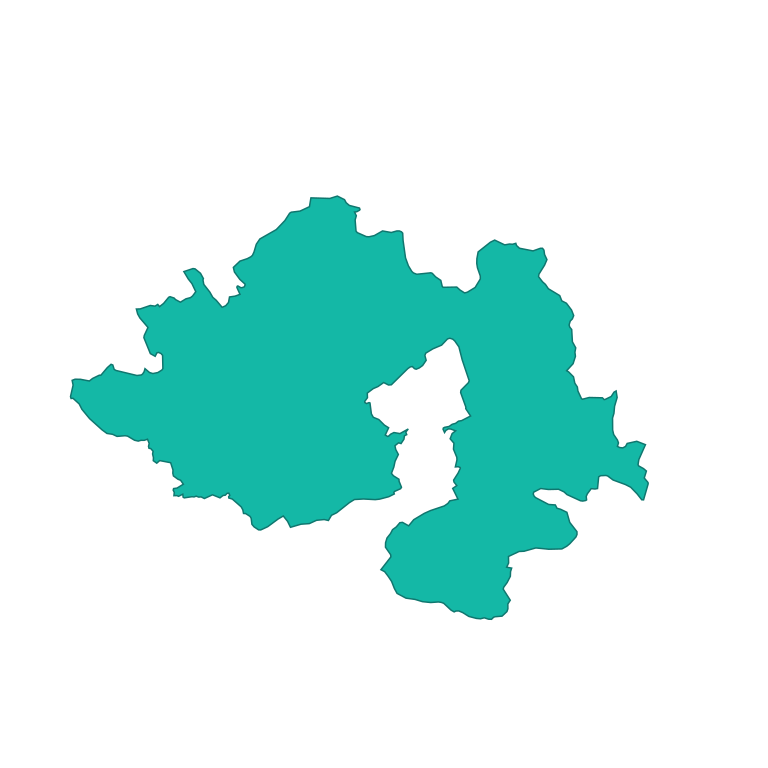 Vi Xuyen, Hà Giang, Vietnam (Robinson projection), rotated 115°
{"feature_id": "81297802B6357673458882", "entity_name": "Vi Xuyen", "entity_type": "district", "adm_level": 2, "iso_a3": "VNM", "parent_name": "Vietnam", "parent_adm1": "Hà Giang", "projection": "robinson", "projection_center": [104.991, 22.763], "detail": "fine", "context": "isolated", "style": "filled", "palette": "teal", "viewbox_px": 768, "rotation_deg": 115, "n_neighbors": 0, "source": "geoboundaries", "source_scale": "gbopen_adm2", "svg_char_len": 6170}
<svg xmlns="http://www.w3.org/2000/svg" viewBox="0 0 768 768"><g transform="rotate(115 384 384)"><path d="M479.3,328.2L478.3,329.2L477.0,329.1L471.9,324.7L470.2,324.5L465.8,329.2L464.0,330.2L463.2,336.7L461.8,339.5L455.1,340.0L449.4,341.3L441.8,341.2L438.4,345.7L435.3,348.0L431.1,345.9L430.8,343.4L425.6,342.6L422.3,343.6L420.3,342.0L418.4,343.9L414.5,343.0L422.2,348.6L423.8,354.5L426.7,356.8L429.5,357.9L430.0,358.6L429.7,361.3L421.7,361.3L421.1,366.2L418.4,373.7L418.7,379.6L416.4,382.8L407.1,388.7L407.2,389.7L409.1,391.6L408.9,393.5L407.9,394.1L403.4,393.2L399.3,395.3L392.7,391.8L388.9,388.4L382.8,384.9L383.0,379.5L381.6,377.0L359.9,368.9L357.4,367.4L356.2,365.7L357.2,362.9L357.0,361.1L354.5,358.8L350.9,356.8L344.7,355.8L340.9,359.0L338.4,359.2L331.5,354.6L324.4,348.2L316.3,345.5L314.7,343.7L314.3,340.6L315.1,338.0L318.7,331.8L329.1,323.3L345.1,308.1L347.3,308.1L357.1,311.6L359.4,310.9L370.4,300.0L371.8,299.5L376.4,292.0L384.4,298.2L386.2,300.8L389.4,302.5L391.7,305.2L395.0,307.1L397.6,310.7L398.8,311.6L400.0,311.4L402.4,308.6L399.9,308.3L397.4,306.6L396.6,304.4L396.2,299.3L400.1,301.3L405.7,300.9L408.1,295.6L413.7,293.5L419.7,287.0L422.0,285.8L429.0,284.3L427.6,281.8L427.5,279.7L428.1,279.2L433.4,279.2L441.7,280.3L443.3,279.1L445.3,275.1L449.6,277.6L457.1,268.3L462.1,275.0L465.2,275.6L469.0,277.8L479.0,288.3L484.2,292.8L494.4,299.7L502.1,301.7L501.6,308.8L503.0,311.0L508.4,312.5L512.4,314.7L516.8,314.9L522.3,316.2L527.2,315.5L531.3,313.7L535.9,305.8L537.8,304.7L553.6,308.3L553.8,304.1L556.6,298.8L559.7,293.7L565.0,288.1L568.3,283.6L568.8,273.6L566.1,264.8L565.0,257.1L562.3,249.3L558.5,242.5L557.7,239.7L557.5,237.2L560.6,227.7L560.9,224.1L559.4,222.9L558.1,220.4L557.9,216.1L558.8,208.9L557.4,201.2L556.0,197.3L553.5,194.3L553.0,189.9L551.8,187.1L549.1,186.1L548.0,185.0L544.5,178.9L538.3,176.4L535.4,176.7L531.0,178.8L526.6,178.2L519.5,189.3L517.5,189.6L512.0,188.5L504.9,188.2L500.6,190.0L496.9,190.5L498.2,195.4L493.6,195.4L487.7,198.3L478.7,190.8L476.4,186.4L468.4,177.1L464.1,164.8L458.3,153.1L453.8,149.8L450.2,148.1L441.6,145.4L438.8,145.5L436.3,146.7L430.9,157.2L423.0,164.0L422.9,171.0L423.5,174.7L421.2,177.6L423.6,183.9L422.9,198.5L422.3,200.4L420.6,202.3L418.7,202.6L412.5,197.8L410.1,190.4L405.6,181.3L405.7,175.2L406.9,171.4L406.8,156.6L406.1,154.4L404.3,151.9L403.4,151.4L400.5,153.2L397.6,153.3L391.3,152.0L390.0,148.4L388.5,146.3L377.4,150.2L375.6,149.0L373.1,144.2L372.8,142.5L374.2,135.8L373.1,122.7L373.3,116.8L376.6,108.2L380.0,101.5L379.3,99.8L362.8,102.4L361.7,103.1L359.2,108.4L352.0,109.4L351.0,113.0L350.6,118.6L349.7,119.7L344.8,121.1L328.5,121.4L329.1,130.7L335.1,138.5L338.5,138.7L341.0,140.6L342.0,143.6L341.9,146.1L338.3,146.6L336.1,148.8L332.7,154.5L329.1,157.3L318.2,162.5L313.4,163.2L306.8,165.6L297.7,167.0L292.2,170.7L294.2,172.1L299.3,172.8L304.7,177.2L305.1,177.9L304.2,180.2L309.5,192.3L314.0,197.8L313.6,199.1L308.4,205.3L305.0,207.5L302.6,211.4L297.4,215.3L295.0,221.8L294.8,224.1L285.7,221.2L278.0,222.2L274.5,224.4L270.2,225.5L266.1,231.1L255.3,236.9L254.0,239.6L252.3,241.2L248.3,241.8L245.4,240.8L241.8,241.0L237.7,245.3L233.7,252.8L233.5,258.0L229.6,262.1L228.2,275.3L225.5,279.8L224.4,283.5L221.4,289.3L219.0,290.0L208.4,288.7L202.4,288.9L198.8,293.2L195.1,295.6L194.0,297.7L194.9,299.6L200.4,305.2L203.7,318.6L202.5,322.4L200.8,324.0L203.0,326.5L204.1,329.4L206.9,333.4L206.8,344.5L210.5,347.5L224.5,354.5L231.1,352.8L235.5,350.9L239.2,348.4L245.4,342.4L248.1,341.1L258.0,342.2L265.5,347.2L267.4,349.4L266.7,354.8L265.4,359.0L271.4,371.3L270.9,372.5L266.1,376.3L265.1,382.5L263.3,387.0L263.4,388.5L270.7,400.7L270.9,404.3L270.2,406.4L266.6,411.8L260.6,417.8L245.8,427.4L239.4,430.8L238.7,432.5L238.8,434.8L239.9,437.1L243.6,441.4L245.9,450.0L253.6,455.5L256.9,459.8L257.9,462.3L258.1,472.2L257.2,474.0L247.5,479.5L243.2,480.2L240.6,483.4L239.4,481.5L236.8,479.6L236.0,479.5L234.9,480.6L236.8,490.9L235.7,494.9L233.6,497.7L233.4,505.7L238.7,511.5L246.2,528.9L254.8,526.5L262.8,533.2L267.5,540.7L269.1,541.7L277.8,542.9L289.6,546.9L305.0,557.8L311.3,558.8L319.3,557.6L323.0,557.6L324.9,558.4L328.2,560.9L333.5,566.5L342.0,569.8L345.7,566.9L350.1,558.9L352.2,552.2L353.2,551.7L355.0,551.7L356.7,553.4L357.2,554.5L356.9,557.9L357.6,558.4L358.7,558.1L363.6,552.4L367.3,556.1L370.4,560.8L375.8,559.4L379.9,560.5L382.9,563.1L379.0,571.5L377.8,575.8L374.3,580.7L369.9,589.4L366.1,592.1L364.8,592.2L361.2,597.1L359.5,603.9L360.1,605.9L366.7,612.9L371.6,605.7L374.2,600.5L379.9,593.6L385.2,594.7L387.5,595.9L390.5,599.5L395.9,603.1L395.6,608.6L394.8,610.5L395.3,614.8L396.4,615.8L404.1,617.8L408.7,620.1L407.5,622.7L410.2,624.4L411.6,629.0L419.0,636.7L420.7,640.1L424.6,636.9L427.3,633.2L432.5,621.8L441.2,621.8L443.5,621.2L455.2,608.6L455.6,603.1L451.8,603.0L450.7,601.8L450.6,599.0L451.6,596.8L463.5,590.9L465.2,591.2L469.2,593.8L472.2,597.9L472.7,601.3L471.1,607.1L474.2,606.6L477.0,607.0L478.4,607.8L480.7,611.5L485.0,632.6L484.8,634.7L481.4,637.8L481.5,639.7L486.1,641.7L495.7,644.3L496.4,645.8L502.2,650.5L505.8,652.3L508.0,661.0L510.2,666.0L512.5,668.2L516.4,665.3L527.9,662.8L529.4,661.5L528.4,659.8L530.9,651.8L534.6,647.1L539.8,636.2L544.7,620.2L545.9,614.2L544.3,608.8L544.3,603.8L540.3,596.8L539.6,594.4L540.4,586.3L539.6,582.6L537.7,580.4L536.4,577.5L534.0,575.0L537.1,571.7L540.0,571.1L541.6,569.8L541.1,568.1L542.6,564.8L545.2,564.2L548.2,561.8L551.0,560.7L551.8,556.5L548.2,554.9L545.5,544.1L551.1,538.9L554.1,537.7L556.3,536.0L557.4,530.5L557.2,527.7L559.6,523.5L565.8,527.6L567.7,530.5L569.3,530.2L570.8,528.3L574.0,527.2L572.7,524.6L572.6,522.7L568.9,519.8L571.5,518.2L571.6,516.9L567.3,510.4L566.6,508.4L565.0,506.8L564.8,504.1L563.6,502.0L563.7,498.4L556.9,492.6L556.5,484.5L553.1,482.8L551.8,480.8L549.4,480.0L548.5,478.5L550.1,476.7L551.7,477.2L552.9,476.5L552.4,472.8L555.7,461.5L557.7,458.8L560.7,456.6L559.9,454.6L560.6,449.4L561.9,447.6L567.0,444.4L568.4,441.4L569.2,436.0L568.3,434.0L562.5,429.1L551.1,422.9L546.2,419.5L549.2,413.4L553.4,408.2L546.1,399.9L542.1,392.7L536.0,387.5L532.1,380.9L531.2,376.7L525.2,376.1L520.7,372.5L506.1,365.2L501.2,362.0L496.9,354.0L492.5,343.1L490.2,339.3L484.1,332.0L479.3,328.2Z" fill="#14b8a6" stroke="#0f766e" stroke-width="1.5"/></g></svg>